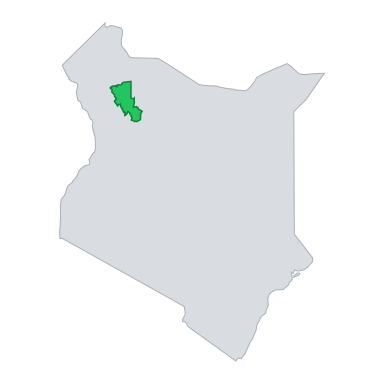 location of Turkana Central, Rift Valley, Kenya
{"feature_id": "3690345B27917723778047", "entity_name": "Turkana Central", "entity_type": "district", "adm_level": 2, "iso_a3": "KEN", "parent_name": "Kenya", "parent_adm1": "Rift Valley", "projection": "mercator", "projection_center": [35.914, 3.132], "detail": "fine", "context": "in_parent", "style": "filled", "palette": "green", "viewbox_px": 384, "rotation_deg": 0, "n_neighbors": 0, "source": "geoboundaries", "source_scale": "gbopen_adm2", "svg_char_len": 6938}
<svg xmlns="http://www.w3.org/2000/svg" viewBox="0 0 384 384"><path d="M59.8,238.5L59.7,232.9L60.5,218.5L60.4,205.9L61.2,199.5L64.3,195.5L65.7,192.6L66.7,188.6L68.4,185.3L72.1,182.6L72.7,181.1L76.7,176.6L79.0,170.8L80.8,168.8L83.0,167.0L84.5,166.0L87.1,165.1L89.1,164.5L89.5,164.1L89.7,163.1L89.0,159.5L89.9,158.4L91.2,156.0L92.8,153.7L94.2,152.3L95.0,150.8L95.4,148.3L95.5,146.5L95.4,143.6L95.0,137.0L93.3,131.4L92.3,125.2L93.1,123.1L91.7,119.5L91.1,119.3L90.0,118.5L88.7,115.0L87.6,111.9L87.0,111.1L82.6,108.4L80.4,101.9L77.9,100.4L76.5,94.0L76.3,92.2L77.7,85.7L77.5,84.3L76.1,82.9L71.9,81.5L68.5,78.9L68.9,77.9L69.2,77.0L67.4,76.3L62.2,65.3L68.9,58.7L75.6,52.0L84.2,43.6L92.1,35.8L99.0,29.0L105.1,23.0L104.9,24.2L104.9,25.7L105.7,26.6L107.0,27.3L108.7,26.6L110.2,25.7L111.7,25.5L120.9,28.0L122.4,30.2L122.3,32.5L122.7,34.2L122.0,35.9L121.2,41.1L121.5,45.8L124.2,49.3L126.7,52.1L128.6,55.9L130.0,57.1L132.0,57.7L138.3,57.9L147.6,58.1L156.6,58.4L157.4,58.5L159.3,59.0L167.6,64.2L175.1,69.0L181.5,73.1L187.7,77.2L193.8,81.1L198.4,84.3L203.0,85.3L210.5,85.8L215.7,85.9L220.5,87.3L227.6,88.6L233.0,89.2L236.2,90.0L245.1,90.7L246.6,90.3L250.5,86.7L254.9,80.8L256.6,77.6L262.3,74.4L272.3,69.9L279.4,66.8L287.2,63.6L290.8,66.3L295.7,70.7L297.9,72.9L299.6,73.9L302.3,74.5L305.6,74.5L307.3,74.4L311.0,73.9L319.4,73.4L324.3,73.4L320.2,79.2L315.3,86.3L306.3,99.2L299.5,106.0L294.3,111.1L293.8,112.0L293.8,117.7L293.9,131.7L294.0,159.6L294.1,187.6L294.2,215.5L294.3,229.5L294.3,234.1L298.8,240.0L303.3,245.7L309.1,253.3L312.3,257.4L312.8,258.8L312.6,261.5L307.8,267.2L303.8,269.8L298.5,271.0L296.9,270.8L294.8,269.9L294.0,271.3L293.4,273.4L292.2,273.0L291.3,272.4L291.9,276.1L292.4,278.0L291.6,280.5L289.0,282.7L288.8,284.6L283.2,289.5L275.3,290.0L271.1,292.4L269.2,294.4L267.8,298.8L268.3,305.4L266.1,310.5L265.7,313.1L261.6,316.4L259.8,319.4L258.4,322.5L257.2,323.9L255.9,330.8L253.9,335.1L253.4,336.5L253.0,337.7L251.5,340.2L250.5,341.9L249.8,343.0L245.0,353.8L241.2,358.7L238.2,358.2L236.3,360.1L236.1,361.0L235.0,360.5L232.5,358.7L227.5,355.0L222.4,351.3L217.3,347.6L212.2,344.0L207.1,340.3L202.0,336.6L196.9,333.0L191.8,329.3L188.9,327.1L187.5,325.9L186.5,323.3L186.0,322.7L184.6,321.9L183.1,321.7L182.6,321.3L182.6,320.0L183.2,318.3L185.0,314.9L185.2,312.9L184.9,310.7L184.3,307.1L183.8,306.3L180.4,304.4L173.3,300.4L166.3,296.5L159.2,292.5L152.2,288.6L145.1,284.6L138.0,280.7L131.0,276.7L123.9,272.8L116.8,268.9L109.8,264.9L102.7,261.0L95.7,257.0L88.6,253.1L81.5,249.1L74.5,245.2L67.4,241.2L64.7,239.8L62.4,238.5L59.8,238.5ZM294.8,276.8L293.6,277.1L294.2,275.2L297.8,272.8L299.3,273.3L299.6,273.9L299.5,274.4L298.9,274.9L294.8,276.8Z" fill="#d9dde1" stroke="#a8b0b8" stroke-width="1"/><path d="M131.0,97.9L131.0,81.4L123.7,82.3L123.4,82.5L123.2,82.5L122.9,82.7L122.6,82.8L122.4,82.9L122.3,83.0L122.3,83.3L122.2,83.4L122.1,83.5L121.9,83.7L121.9,84.0L121.7,84.3L121.4,84.7L121.0,84.9L120.7,85.0L120.0,85.1L119.7,85.0L119.1,84.9L118.5,84.9L118.1,84.9L117.8,84.9L117.6,84.9L117.4,85.1L117.1,85.2L117.1,85.4L117.1,85.8L117.0,86.1L117.0,86.6L116.8,86.5L116.6,86.4L116.4,86.4L116.3,86.5L116.2,86.5L116.1,86.4L116.0,86.1L115.9,86.0L115.6,86.1L115.4,86.0L115.4,85.9L115.2,86.0L115.0,85.9L114.8,85.9L114.5,85.9L114.4,86.0L114.2,86.1L113.7,86.0L113.2,86.1L112.7,86.1L112.3,86.3L112.2,86.3L112.1,86.6L111.9,86.7L111.9,86.8L111.6,87.0L111.4,87.0L111.2,87.1L110.9,87.0L110.7,87.0L110.5,87.3L110.4,87.4L110.3,87.5L110.3,88.0L110.6,88.3L110.6,88.5L110.9,88.5L111.1,88.7L111.1,88.9L111.2,89.1L111.4,89.2L111.5,89.2L111.7,89.3L111.9,89.4L112.0,89.7L112.0,90.2L111.9,91.1L111.9,91.6L111.9,92.1L112.1,92.4L112.2,92.5L112.3,92.5L112.6,92.7L112.9,93.1L113.2,93.5L113.6,93.8L113.7,94.0L113.8,94.1L114.0,94.3L114.1,94.5L114.3,94.7L114.4,94.8L114.6,95.0L114.6,95.5L114.6,96.4L114.7,96.7L114.8,97.0L115.2,97.2L116.0,97.7L116.1,97.8L116.2,98.0L116.1,98.4L116.0,98.6L115.9,98.8L115.8,99.0L116.2,99.2L116.3,99.2L116.3,99.3L116.2,99.4L116.0,99.8L115.9,99.9L115.5,99.8L115.4,99.9L115.3,100.0L115.3,100.3L115.2,100.5L114.7,100.8L114.6,101.0L114.4,101.1L114.4,101.3L115.0,102.4L115.3,102.8L115.5,103.1L115.8,103.3L116.1,103.6L116.5,103.8L116.7,104.0L116.7,104.7L116.8,104.9L117.0,105.1L117.8,105.9L118.0,105.4L118.1,105.1L118.2,104.7L118.3,104.7L118.6,104.6L118.8,104.5L119.0,104.5L119.6,104.6L119.9,104.4L120.1,104.4L120.3,104.2L120.3,104.3L120.4,104.7L120.5,104.8L120.6,105.0L120.7,105.4L120.7,105.6L120.6,105.8L120.7,106.1L120.7,106.4L120.8,106.5L121.0,106.7L121.1,107.0L121.5,108.0L121.5,108.3L122.1,108.7L122.4,108.6L122.5,108.6L122.4,108.8L122.4,109.0L122.4,109.6L122.6,110.1L122.8,110.3L122.9,110.7L123.0,111.0L123.7,112.3L123.8,112.5L124.0,112.6L124.3,112.5L124.8,112.4L125.0,112.3L125.0,112.2L125.1,112.3L125.0,112.5L125.0,112.9L125.1,113.4L125.1,113.9L125.0,114.1L125.0,114.4L124.9,114.5L124.7,114.7L124.7,114.9L124.7,115.1L124.7,115.3L124.7,115.5L124.8,115.5L125.0,115.4L125.8,114.9L126.1,114.7L126.3,114.5L126.6,114.1L126.9,113.7L127.5,112.7L127.7,112.4L127.8,112.1L127.9,111.9L127.9,111.6L128.0,111.5L128.4,111.6L129.2,112.4L129.8,113.1L130.0,113.3L130.1,113.6L130.1,113.8L130.0,114.2L130.1,114.5L130.5,114.9L130.8,115.1L131.1,115.4L131.2,115.5L131.3,115.8L131.2,116.0L131.0,116.4L131.0,116.5L131.5,116.9L131.6,117.1L131.7,117.3L131.7,117.7L131.7,118.6L131.5,119.3L131.5,119.5L131.3,119.9L131.3,120.0L131.5,120.3L131.9,120.1L132.2,120.1L132.6,120.4L132.9,120.6L133.3,120.8L134.0,121.1L134.5,121.4L134.5,121.5L134.8,121.5L135.1,121.4L135.6,121.3L135.8,121.4L136.0,121.3L136.3,121.4L136.6,121.5L137.2,121.6L137.6,121.2L138.0,120.9L138.4,120.7L139.3,120.3L140.1,119.9L140.4,119.6L140.5,119.4L140.5,118.5L140.5,118.1L140.5,117.3L140.5,116.9L140.6,116.5L140.7,116.2L140.3,115.7L140.3,115.4L140.5,115.2L140.7,114.9L140.6,114.2L140.6,113.9L140.7,113.7L140.8,113.5L141.0,113.3L141.2,113.1L141.2,112.9L141.3,112.7L141.3,112.4L141.4,112.2L141.5,112.2L141.7,111.8L141.7,111.7L141.8,111.6L142.1,111.5L141.9,111.2L141.5,110.7L141.4,110.6L141.1,110.4L140.8,110.4L140.3,110.2L140.0,110.0L139.8,109.9L139.7,109.8L139.2,109.6L138.7,109.4L138.3,109.0L138.2,108.8L138.1,108.4L138.0,108.1L137.9,107.8L137.9,107.6L137.9,107.3L137.9,107.2L137.7,107.0L137.8,107.1L137.7,107.3L137.5,107.5L137.1,107.2L136.9,107.3L136.8,107.2L136.8,107.3L136.7,107.3L136.5,107.2L136.0,107.1L135.7,106.9L135.3,106.9L135.0,106.9L134.8,106.9L134.6,106.9L134.0,106.8L133.9,106.8L133.7,106.9L133.8,106.7L133.7,106.6L133.4,106.5L133.4,106.2L133.5,106.0L133.5,105.8L133.7,105.5L133.8,105.4L133.8,105.2L133.8,104.9L133.9,104.7L134.0,104.6L134.0,104.3L134.0,104.0L134.0,103.9L133.9,103.8L134.0,103.5L134.0,103.4L134.3,103.2L134.4,102.8L134.3,102.7L134.4,102.0L134.3,101.4L134.2,101.3L134.1,101.1L133.9,100.9L133.9,100.7L134.2,99.8L134.3,99.5L134.3,98.8L134.3,98.7L134.2,98.5L134.2,98.4L134.0,98.7L133.9,98.7L134.0,98.8L133.9,98.9L133.6,98.9L133.3,98.8L133.2,98.6L132.6,98.5L132.4,98.4L132.2,98.4L131.9,98.4L131.7,98.3L131.3,98.1L131.0,97.9L131.0,97.9Z" fill="#22c55e" stroke="#15803d" stroke-width="1.5"/></svg>